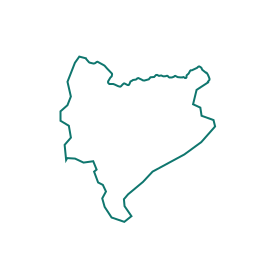 the district of Lawrence, Kentucky, United States of America, rotated 297°
{"feature_id": "52423323B59215052326858", "entity_name": "Lawrence", "entity_type": "district", "adm_level": 2, "iso_a3": "USA", "parent_name": "United States of America", "parent_adm1": "Kentucky", "projection": "albers", "projection_center": [-82.636, 38.073], "detail": "fine", "context": "isolated", "style": "outline", "palette": "teal", "viewbox_px": 256, "rotation_deg": 297, "n_neighbors": 0, "source": "geoboundaries", "source_scale": "gbopen_adm2", "svg_char_len": 1706}
<svg xmlns="http://www.w3.org/2000/svg" viewBox="0 0 256 256"><g transform="rotate(297 128 128)"><path d="M40.8,154.0L42.7,167.3L51.0,171.1L56.8,160.4L62.7,156.7L69.0,158.2L86.7,165.8L100.3,169.7L130.0,190.2L148.7,199.7L168.9,204.9L173.9,200.6L172.3,188.0L179.0,183.2L178.7,175.2L193.1,171.8L204.9,178.6L205.1,178.2L205.5,178.2L207.8,178.7L208.7,178.4L210.0,177.1L211.8,174.9L212.8,173.2L212.9,172.8L212.6,172.5L213.6,167.7L214.9,166.1L215.2,164.8L215.2,163.5L214.8,163.0L214.3,162.7L212.9,162.2L208.4,158.7L207.8,157.6L207.2,157.4L204.0,157.3L201.7,156.4L200.9,156.5L199.8,157.1L199.0,157.0L198.6,156.5L198.4,156.0L198.6,155.0L198.5,154.1L197.8,153.6L196.9,151.8L195.9,149.2L195.9,146.5L195.5,146.0L194.5,145.6L193.0,144.2L191.9,142.2L191.8,141.2L192.3,140.1L192.3,139.1L191.1,137.8L190.2,136.3L190.0,135.5L189.9,133.8L189.2,132.8L188.5,132.0L188.5,129.8L187.9,128.9L185.3,128.1L183.4,125.0L180.8,124.4L177.7,121.0L177.2,119.6L177.3,118.1L177.2,114.6L176.5,113.8L175.3,113.4L174.7,113.0L173.3,111.0L172.7,110.4L171.9,110.1L170.6,109.1L167.7,109.3L166.6,109.1L166.4,108.8L166.1,108.1L166.1,104.6L165.8,104.1L164.5,103.5L162.0,102.8L161.3,102.3L161.1,101.8L160.8,100.1L160.7,96.6L160.5,94.8L158.7,91.4L159.3,89.7L160.5,89.1L164.8,89.4L166.6,90.0L168.5,89.5L169.2,89.0L171.4,82.6L172.9,78.8L173.0,77.3L173.2,70.8L172.6,70.1L170.9,69.3L169.9,68.3L169.5,67.0L168.8,64.0L168.9,63.3L170.5,59.4L171.0,58.9L169.5,52.2L162.0,51.1L141.7,53.1L130.1,62.8L120.8,63.7L112.2,60.3L103.8,64.6L103.1,74.3L93.5,81.5L84.2,79.2L71.4,87.4L73.6,87.5L76.7,94.7L77.0,104.1L82.6,112.1L76.7,118.9L73.7,117.6L65.9,126.1L65.9,131.4L61.4,137.2L53.6,137.0L47.1,143.0L40.8,154.0Z" fill="none" stroke="#0f766e" stroke-width="2"/></g></svg>